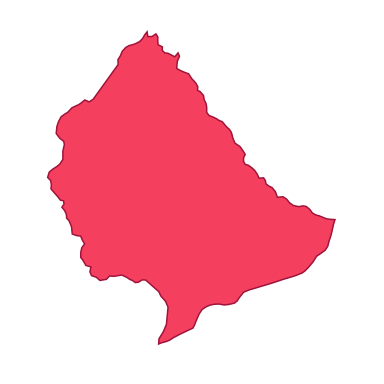 the district of Chiapetta, Rio Grande do Sul, Brazil, rotated 6°
{"feature_id": "56859067B47981400926540", "entity_name": "Chiapetta", "entity_type": "district", "adm_level": 2, "iso_a3": "BRA", "parent_name": "Brazil", "parent_adm1": "Rio Grande do Sul", "projection": "orthographic", "projection_center": [-53.907, -27.983], "detail": "fine", "context": "isolated", "style": "filled", "palette": "rose", "viewbox_px": 384, "rotation_deg": 6, "n_neighbors": 0, "source": "geoboundaries", "source_scale": "gbopen_adm2", "svg_char_len": 2480}
<svg xmlns="http://www.w3.org/2000/svg" viewBox="0 0 384 384"><g transform="rotate(6 192 192)"><path d="M174.7,346.6L177.6,345.1L181.8,343.5L185.4,341.6L188.5,339.0L194.1,335.2L200.9,331.0L207.2,327.2L208.5,323.8L209.8,319.0L211.8,312.7L214.2,308.0L217.7,304.9L222.0,302.5L226.3,301.2L230.8,300.6L235.9,301.0L240.7,299.9L245.8,298.1L248.3,295.7L250.2,291.9L253.8,286.3L259.3,283.3L264.9,281.0L269.9,278.9L274.8,276.9L280.9,274.3L288.0,271.1L291.9,269.3L299.9,266.0L304.0,264.2L310.2,260.9L312.6,258.7L315.8,254.6L319.5,249.2L322.7,242.8L327.1,239.1L330.6,235.9L332.7,231.7L333.5,226.2L334.7,220.9L335.4,215.7L336.1,209.3L337.1,204.5L332.7,204.7L328.7,204.6L324.4,203.4L321.0,202.4L317.5,201.9L313.8,200.2L311.0,197.0L307.0,194.4L303.8,194.2L299.8,195.4L294.4,194.9L290.1,192.5L287.0,189.3L283.0,187.2L277.5,188.3L274.8,182.8L271.2,179.3L267.5,177.9L264.7,176.1L263.8,173.0L261.7,170.4L257.3,171.3L255.0,167.4L251.9,163.8L248.9,161.6L245.2,159.5L242.1,159.0L240.1,156.2L239.7,152.5L241.0,149.2L238.4,145.7L235.0,141.8L229.6,138.9L227.0,134.1L225.0,128.7L222.6,125.8L218.9,123.0L214.7,118.9L211.4,118.0L208.6,116.5L204.9,115.2L200.9,114.1L198.3,111.3L197.8,106.4L196.7,102.5L194.4,98.8L193.4,94.9L189.7,91.4L186.9,90.3L186.7,86.6L184.1,82.9L179.9,79.3L176.3,74.8L172.7,73.9L168.3,72.6L163.9,70.8L163.7,63.7L165.4,58.4L163.6,55.1L160.8,59.3L156.9,57.8L153.6,56.5L150.5,56.5L147.6,54.3L147.4,50.8L142.9,49.1L142.2,45.5L141.8,41.4L139.6,38.5L135.9,41.6L131.8,42.0L130.6,37.4L128.5,40.7L126.8,44.6L124.1,47.9L121.4,49.7L118.3,51.4L114.0,53.0L110.9,55.3L107.9,59.4L106.5,64.1L104.5,68.2L105.2,73.0L84.0,110.1L80.4,113.1L75.7,111.7L72.7,114.8L70.3,116.9L67.4,118.6L63.8,120.8L60.2,125.6L57.0,128.1L54.0,130.8L51.9,135.9L50.8,140.9L50.8,148.0L54.9,152.4L59.1,155.0L60.1,158.1L59.3,164.9L60.2,173.0L57.5,178.2L54.9,180.8L50.8,184.1L47.9,187.2L46.9,192.6L50.2,195.4L51.4,199.5L51.4,203.6L55.4,207.4L59.2,210.9L61.9,213.8L65.2,214.2L66.0,217.5L64.2,220.7L67.3,223.8L69.4,227.4L70.1,231.2L72.5,233.2L74.2,236.1L75.8,239.1L76.5,242.4L77.3,246.3L81.7,247.4L85.9,247.5L87.8,251.1L90.6,254.8L88.2,259.0L87.7,263.6L88.2,268.7L91.1,271.9L94.1,276.1L99.3,277.1L98.8,282.1L100.9,285.7L105.8,286.8L109.7,289.6L116.0,287.8L118.8,284.1L123.4,284.0L130.7,281.9L136.1,283.7L139.2,285.4L142.2,286.3L145.0,288.0L148.0,287.4L151.7,284.6L155.1,284.4L169.4,294.6L171.9,298.7L177.2,303.6L180.2,309.0L180.4,326.3L178.1,333.9L174.5,341.5L174.7,346.6Z" fill="#f43f5e" stroke="#9f1239" stroke-width="1.5"/></g></svg>